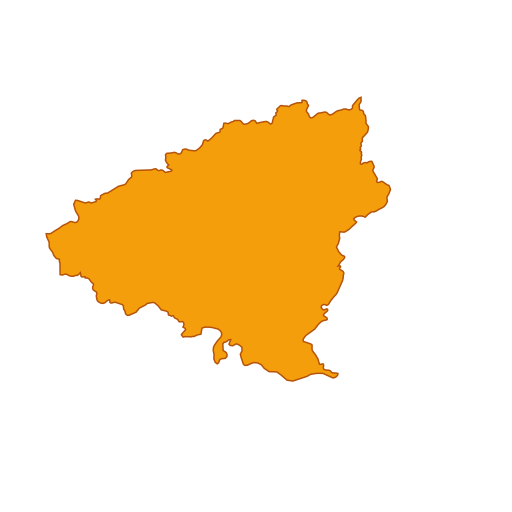 SVG path tracing the border of Telangana, rotated 57°
{"feature_id": "IND-20011", "entity_name": "Telangana", "entity_type": "State", "adm_level": 1, "iso_a3": "IND", "parent_name": "India", "parent_adm1": "", "projection": "equal_earth", "projection_center": [78.948, 17.86], "detail": "fine", "context": "isolated", "style": "filled", "palette": "amber", "viewbox_px": 512, "rotation_deg": 57, "n_neighbors": 0, "source": "natural_earth", "source_scale": "10m", "svg_char_len": 6146}
<svg xmlns="http://www.w3.org/2000/svg" viewBox="0 0 512 512"><g transform="rotate(57 256 256)"><path d="M130.3,217.1L130.7,214.6L130.4,213.8L127.2,210.7L127.6,209.6L129.5,207.7L129.9,206.8L130.2,203.6L130.9,201.6L130.6,200.5L130.8,199.9L133.6,195.7L134.7,195.2L137.9,194.8L139.1,194.2L140.0,192.2L140.5,190.1L140.1,186.1L140.7,184.3L142.2,183.1L145.1,183.1L147.5,176.6L148.8,174.0L151.0,172.6L151.8,172.6L153.4,171.8L153.4,170.3L152.9,169.6L149.0,165.5L148.8,162.3L146.8,161.5L146.6,159.6L146.0,158.8L144.8,159.0L144.2,158.6L143.3,153.8L143.6,152.7L144.9,151.5L147.0,148.5L148.7,146.9L148.4,144.1L149.9,138.2L152.1,134.5L152.2,133.8L150.5,132.7L150.5,132.3L152.3,130.1L153.5,129.5L154.5,129.4L156.8,130.1L158.4,129.9L160.7,133.9L162.4,135.0L165.5,134.6L167.3,135.2L169.8,135.1L170.6,133.9L170.7,132.2L170.1,127.2L170.2,125.7L171.3,123.6L172.6,120.1L173.8,118.7L177.0,117.8L177.7,117.5L178.4,116.4L178.7,114.8L178.5,110.6L178.6,108.6L180.1,104.6L180.4,102.7L181.5,100.7L184.1,98.6L184.8,96.2L184.6,94.8L184.0,94.1L182.8,93.5L182.3,92.7L180.2,86.0L179.7,83.9L180.1,81.5L183.6,83.7L185.3,87.2L189.6,89.4L190.5,89.1L191.4,87.8L193.1,87.2L195.4,88.2L197.5,87.8L198.4,88.0L202.4,90.0L204.5,91.5L208.8,91.3L210.4,92.4L212.6,94.7L213.1,95.8L214.9,102.6L217.8,104.3L218.2,106.1L218.7,106.6L221.1,107.7L221.5,108.7L221.6,109.5L223.5,110.1L223.7,111.1L224.4,111.4L225.5,110.9L226.5,110.9L227.2,111.9L229.0,112.3L230.4,114.0L232.4,115.0L233.7,116.9L235.4,118.2L236.2,117.9L236.7,117.2L236.4,115.9L236.6,114.6L237.6,112.8L238.3,112.3L238.4,109.9L239.0,108.3L239.7,107.3L245.0,108.1L245.9,108.6L247.6,111.2L248.5,111.7L257.1,112.1L258.0,112.7L258.6,113.8L259.5,114.3L260.4,114.1L261.0,113.3L261.4,112.2L261.6,110.4L262.2,109.6L263.3,109.0L267.9,107.2L268.5,106.5L269.6,106.1L273.4,106.9L276.4,111.0L277.9,114.2L281.8,116.1L283.5,119.1L284.2,121.3L284.3,123.4L283.8,127.7L283.7,130.9L283.3,133.0L282.3,134.3L281.9,135.4L282.1,139.6L282.9,143.3L281.4,144.2L279.7,146.0L278.4,148.3L277.7,150.8L277.9,153.6L279.0,154.1L282.3,153.2L282.8,154.5L283.7,160.4L284.3,163.3L284.3,167.5L284.0,169.1L281.3,172.6L284.5,175.2L286.7,176.1L290.5,180.3L292.0,183.3L292.4,183.6L297.4,184.3L302.0,183.6L303.9,182.3L304.6,182.0L305.4,182.3L305.9,183.0L306.6,184.9L307.0,188.4L308.6,191.1L309.1,192.7L310.4,190.7L311.1,190.9L311.8,192.6L312.7,193.0L316.3,191.4L317.7,191.5L318.7,192.0L319.8,193.4L321.8,194.8L323.9,197.0L331.1,208.1L331.7,209.4L332.7,213.3L334.3,218.0L335.9,221.3L336.1,222.2L336.0,223.5L334.3,224.6L333.5,225.7L333.3,227.4L333.7,228.6L334.8,229.4L337.8,229.0L338.3,228.3L338.8,225.5L339.6,225.0L340.8,225.6L341.1,226.6L341.5,230.1L341.9,231.2L342.5,231.7L343.2,231.7L346.4,230.2L348.0,230.8L348.1,231.5L346.9,234.7L346.6,236.1L346.7,237.8L347.3,241.0L349.3,246.6L349.8,257.2L350.7,260.1L351.7,261.9L352.6,262.6L353.6,262.7L359.4,258.1L360.8,257.4L361.4,257.6L364.9,259.9L366.4,260.3L371.1,259.9L375.9,260.1L381.4,261.7L382.2,260.6L382.9,258.6L383.4,258.4L384.2,258.6L386.4,260.4L387.7,260.9L389.5,259.7L391.6,257.0L392.6,256.3L394.9,255.9L395.7,255.4L398.0,252.3L399.2,251.3L400.5,252.6L401.0,255.2L400.3,257.8L390.9,263.8L387.5,268.9L385.0,274.6L384.7,278.9L380.9,293.3L377.0,297.6L369.5,299.8L364.6,301.6L360.1,308.0L354.7,310.3L350.3,310.7L346.5,312.9L344.1,316.1L343.4,319.1L343.0,321.6L343.1,322.4L341.7,324.9L340.0,325.5L333.2,323.8L329.8,322.6L328.0,319.4L324.7,317.5L321.6,318.5L319.0,320.2L318.6,324.4L316.9,326.4L315.2,326.7L312.4,322.7L311.5,324.2L311.7,327.8L311.1,330.1L311.5,331.6L317.3,335.0L320.6,333.6L322.8,333.9L324.5,335.2L325.1,337.5L323.2,341.4L323.5,343.4L325.2,345.5L325.3,347.3L322.9,348.1L319.4,347.4L315.7,344.8L312.1,343.4L309.4,341.4L308.0,339.0L306.2,334.6L304.9,329.7L303.2,327.5L301.0,326.6L299.2,326.7L296.7,327.5L291.9,331.9L289.5,335.0L287.7,337.9L287.1,340.6L291.6,344.8L290.3,348.0L289.7,352.0L288.8,353.2L288.6,354.2L285.1,359.2L284.3,361.3L281.5,361.5L281.2,361.3L279.4,355.1L278.1,354.8L275.8,356.0L274.9,354.4L273.8,353.5L272.3,353.0L271.0,353.3L269.7,355.9L269.1,356.3L266.4,356.3L263.5,358.0L260.9,358.0L260.3,359.8L259.4,360.1L258.1,361.4L257.0,361.3L256.0,360.5L255.2,360.4L253.4,361.2L249.6,364.8L244.5,365.2L239.9,366.6L238.7,367.9L236.5,373.2L236.9,374.9L236.2,382.2L237.8,387.2L236.6,394.6L235.8,396.0L234.7,396.7L233.1,396.8L231.6,396.1L229.9,395.8L228.7,396.0L225.6,394.5L224.2,394.4L217.9,399.4L216.8,402.7L216.3,403.4L215.2,403.8L213.4,402.6L213.0,402.7L212.6,403.4L212.5,405.0L212.9,408.4L212.5,410.0L211.2,411.6L209.4,412.8L207.5,413.4L205.7,413.1L202.5,411.7L200.8,409.9L200.1,409.6L199.0,409.6L196.0,410.9L194.5,410.8L193.3,410.1L191.5,407.8L190.7,407.6L188.4,408.3L184.3,408.5L182.9,409.2L181.3,411.2L180.5,410.6L179.9,411.2L178.9,413.3L177.9,413.8L174.3,412.4L175.0,415.3L174.9,416.5L173.8,418.4L173.7,420.0L172.3,422.0L170.5,423.6L168.4,424.6L167.7,425.4L167.1,426.4L166.5,428.7L165.0,430.5L155.4,424.4L153.1,423.7L151.9,422.8L151.4,422.7L149.9,424.4L148.9,424.9L145.4,425.3L142.5,424.6L136.8,424.8L135.5,424.3L131.8,422.0L126.0,421.1L123.0,419.8L124.8,417.2L125.4,415.6L125.3,411.8L125.5,406.2L125.2,401.5L125.9,396.5L125.9,393.2L126.6,392.0L129.1,389.9L129.9,388.3L129.9,387.1L128.7,384.6L126.1,383.1L119.8,382.8L113.3,380.7L111.0,377.0L112.0,375.6L118.3,370.5L118.8,369.8L119.5,366.9L121.9,365.2L123.2,360.4L122.7,359.6L120.9,359.8L121.3,358.5L123.1,356.2L122.5,354.9L120.9,353.6L120.8,352.1L121.2,348.5L121.5,347.6L122.3,346.8L122.4,345.6L122.6,333.4L124.6,327.3L124.5,325.8L122.5,321.2L121.9,317.2L121.3,316.6L118.9,315.6L118.4,314.9L118.1,312.8L118.7,310.3L126.6,297.2L127.8,293.4L128.4,292.4L130.7,291.7L131.3,291.2L131.8,290.3L132.0,288.9L133.2,287.6L136.6,286.5L138.7,280.7L138.5,280.1L138.0,279.8L136.8,280.3L134.5,281.9L133.2,282.4L132.5,281.8L132.1,279.7L129.1,280.1L126.4,279.8L124.1,277.9L121.9,276.8L121.2,275.2L123.8,270.2L124.5,268.1L125.7,267.0L127.9,265.8L128.9,264.6L128.9,262.6L126.9,259.6L127.4,257.7L128.4,256.2L130.7,254.7L134.6,249.9L135.0,248.5L134.7,244.6L133.6,240.6L131.0,237.4L130.7,236.8L130.9,235.3L131.6,234.6L133.1,234.0L133.4,232.7L132.8,228.4L131.4,223.4L131.5,222.1L132.2,219.9L132.3,218.5L130.3,217.1Z" fill="#f59e0b" stroke="#b45309" stroke-width="1.5"/></g></svg>